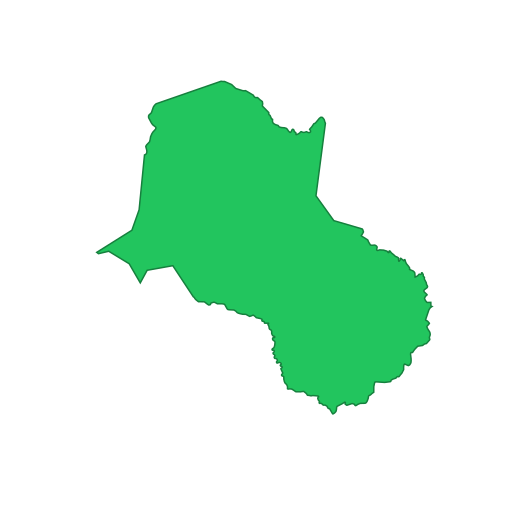 outline of Gualcince, Lempira, Honduras, rotated 242°
{"feature_id": "27666195B50739684547416", "entity_name": "Gualcince", "entity_type": "district", "adm_level": 2, "iso_a3": "HND", "parent_name": "Honduras", "parent_adm1": "Lempira", "projection": "orthographic", "projection_center": [-88.598, 14.136], "detail": "fine", "context": "isolated", "style": "filled", "palette": "green", "viewbox_px": 512, "rotation_deg": 242, "n_neighbors": 0, "source": "geoboundaries", "source_scale": "gbopen_adm2", "svg_char_len": 6072}
<svg xmlns="http://www.w3.org/2000/svg" viewBox="0 0 512 512"><g transform="rotate(242 256 256)"><path d="M340.6,379.6L342.0,379.7L344.1,380.2L345.7,380.1L346.7,379.8L347.4,379.5L347.8,378.9L348.1,378.2L347.8,376.5L345.5,370.9L345.6,369.1L343.9,366.0L342.9,363.2L342.5,362.7L341.5,363.0L340.6,362.8L340.0,362.4L339.8,361.7L340.0,360.8L340.5,360.1L341.0,359.6L341.8,359.2L342.1,358.8L342.3,357.2L342.9,355.8L343.4,355.2L344.3,354.6L344.6,354.2L344.6,353.6L344.2,352.6L344.0,351.4L344.0,349.5L344.3,348.5L344.8,348.4L345.5,348.9L346.2,349.0L346.8,348.8L347.8,348.2L349.4,348.6L350.1,348.4L350.6,348.1L350.7,347.7L350.5,347.0L349.6,345.8L349.1,344.9L349.0,344.3L349.3,343.9L351.2,343.3L353.4,343.1L354.5,342.7L355.8,341.4L357.4,338.9L358.7,337.4L359.3,337.0L360.4,336.9L361.0,336.7L362.8,334.9L364.0,334.1L365.2,333.6L365.9,333.5L367.0,333.7L368.9,334.8L369.2,334.7L369.7,334.1L373.5,334.4L374.9,333.8L375.5,333.9L376.2,334.5L376.7,334.6L385.2,332.1L385.7,332.2L387.3,333.4L389.4,334.1L392.2,332.8L394.6,332.0L395.3,331.6L395.9,330.2L396.7,329.5L397.8,329.1L399.1,329.2L403.6,326.5L406.6,324.6L407.1,324.1L407.4,323.1L408.3,321.8L413.3,316.9L414.2,316.5L418.8,315.0L424.8,310.2L425.6,308.7L426.7,307.2L437.3,239.2L436.7,237.1L435.7,235.3L431.6,230.9L430.7,227.6L430.0,226.8L428.5,226.1L422.6,226.1L420.4,226.4L417.0,227.9L416.4,227.9L415.9,227.7L415.1,226.8L413.8,223.1L412.8,221.4L410.8,218.9L408.4,217.1L406.8,215.6L405.4,211.5L404.6,210.2L404.1,210.0L400.7,209.2L399.1,208.5L398.1,207.6L397.7,207.0L397.5,206.0L397.6,205.0L351.7,174.5L337.0,158.5L334.0,117.1L332.0,118.0L329.3,128.2L308.7,140.4L286.6,141.2L294.5,153.2L286.5,178.0L249.4,181.5L248.5,182.0L246.9,182.1L245.7,182.4L242.7,183.7L239.8,188.9L236.0,190.6L234.9,191.3L234.6,192.1L234.5,192.7L234.8,193.3L235.4,193.7L235.5,194.6L235.0,197.2L234.0,198.1L232.0,199.4L229.6,203.8L228.4,205.3L227.8,205.6L222.9,205.7L222.0,206.0L221.3,206.8L218.7,211.1L217.0,212.2L214.9,212.8L213.9,213.5L212.5,214.9L210.8,216.9L209.3,219.6L205.7,222.0L205.3,223.9L205.2,225.4L205.0,225.9L203.1,226.8L201.4,227.3L198.7,230.5L197.5,231.5L197.0,231.5L196.5,231.0L195.9,230.8L195.4,231.1L194.8,231.9L194.2,232.3L193.7,232.3L192.9,232.0L192.6,232.1L190.8,235.5L190.4,235.4L190.3,234.7L189.9,234.4L188.0,234.4L185.6,233.6L184.7,233.8L183.6,234.5L182.8,234.6L181.8,234.3L180.1,233.4L178.3,233.3L177.4,233.5L176.4,234.5L175.7,234.6L175.3,234.1L175.8,232.8L175.7,232.3L175.4,231.9L174.8,231.6L174.2,231.5L173.6,231.6L172.0,232.4L171.3,232.4L170.6,232.1L168.5,230.7L166.9,229.2L166.5,228.3L166.4,226.9L165.8,226.2L165.2,226.2L164.5,227.4L164.1,227.6L163.6,227.6L162.9,227.1L162.6,225.9L162.1,225.4L161.3,225.3L160.2,225.9L159.4,226.0L158.8,225.6L158.2,224.6L157.6,224.4L156.8,224.5L155.8,225.8L154.7,226.1L154.2,226.0L153.6,225.7L152.8,224.3L152.3,224.2L151.8,224.2L151.3,224.9L151.3,226.1L151.1,226.7L150.2,227.5L149.2,227.7L148.6,227.5L148.4,226.5L147.9,226.0L147.2,226.1L146.5,226.8L145.8,227.0L145.4,226.8L145.1,226.5L145.0,225.3L144.7,225.0L140.2,224.7L139.7,224.2L139.3,223.0L138.7,222.6L137.9,222.7L137.0,223.6L136.4,223.8L135.7,223.5L134.1,222.7L131.8,222.1L130.2,222.0L128.4,222.6L127.2,222.7L125.6,222.4L124.3,221.6L123.9,221.5L123.4,221.9L122.9,223.3L121.7,225.1L119.5,226.4L117.8,227.2L117.3,227.6L115.2,231.5L114.5,233.5L114.0,234.6L111.4,235.7L110.1,236.0L109.1,236.0L108.7,236.3L108.0,237.4L106.7,238.9L106.1,240.7L103.8,244.3L103.1,245.1L102.7,245.3L102.3,245.2L101.9,244.2L101.3,243.7L99.6,243.4L97.7,243.7L97.3,243.4L96.9,242.9L96.4,242.8L95.9,243.1L95.6,243.9L95.2,244.4L94.5,244.8L92.9,245.3L92.5,245.8L91.9,247.0L90.4,248.0L89.7,248.2L88.5,248.1L87.7,248.2L87.2,248.5L86.7,249.2L86.4,249.3L81.3,249.5L80.6,249.6L80.4,249.9L80.5,251.6L81.2,253.6L82.6,254.9L84.6,256.2L85.2,257.0L85.1,262.8L85.3,265.7L85.1,266.0L84.6,266.1L83.9,265.4L83.2,265.2L81.6,266.1L81.5,266.4L80.6,271.6L79.1,273.1L78.5,273.3L77.6,273.3L77.1,273.7L77.0,274.5L77.2,276.4L76.9,278.9L74.8,283.1L74.7,284.1L75.1,285.1L75.8,286.2L77.6,288.2L79.2,289.4L79.6,289.9L79.7,290.4L79.6,291.8L80.2,294.1L80.4,296.0L85.4,298.7L87.8,300.7L88.7,301.6L88.8,302.0L88.3,303.3L84.0,310.2L82.0,315.5L82.0,316.1L82.8,316.8L83.0,317.5L83.0,319.4L82.5,322.1L83.0,323.5L83.1,324.2L82.9,324.7L82.4,325.3L82.4,325.8L83.2,327.5L84.1,329.8L86.2,332.8L86.6,333.2L88.1,333.9L89.7,334.9L90.4,335.5L90.8,336.1L90.8,336.4L90.6,336.7L88.1,338.7L87.7,339.1L87.7,340.5L88.5,342.0L89.3,342.9L90.7,343.8L92.5,344.7L96.6,346.3L97.4,346.8L97.9,347.3L97.9,347.8L97.4,348.5L97.4,349.1L98.5,351.1L99.3,353.0L100.4,356.5L98.8,361.1L99.2,363.4L98.7,365.4L100.4,369.9L100.9,370.4L102.1,370.6L102.8,370.9L104.6,372.8L106.2,373.5L107.7,373.7L110.9,373.4L113.4,373.6L113.7,374.0L114.7,376.7L115.2,377.5L117.6,377.0L118.6,376.5L119.6,375.8L120.1,375.8L127.3,383.4L128.5,385.6L128.8,387.7L129.4,387.1L129.8,387.0L133.0,388.6L134.6,385.4L134.9,385.1L137.1,384.7L139.2,384.8L139.8,385.2L140.7,386.6L141.1,387.6L141.3,388.7L141.6,388.9L145.2,387.7L146.1,387.7L146.6,387.9L146.9,388.4L147.2,389.2L147.7,392.2L148.1,392.8L148.6,393.2L149.3,393.3L150.7,393.2L152.6,393.8L156.6,393.8L158.1,394.7L158.5,394.6L159.4,394.2L161.1,394.9L162.9,394.9L163.3,394.7L163.4,394.3L162.6,393.6L162.4,392.9L162.6,392.4L163.2,391.8L163.3,391.3L162.6,389.4L162.6,387.7L162.7,386.6L166.1,388.1L166.9,388.3L168.0,388.1L169.0,387.7L172.0,385.3L172.3,385.3L172.9,385.9L173.4,386.0L175.1,385.9L178.6,385.2L180.6,385.3L182.2,385.7L182.9,385.7L183.1,385.3L182.5,384.7L182.5,384.2L185.8,382.9L186.1,382.6L186.0,382.3L185.3,382.0L184.9,381.5L184.2,379.9L184.3,379.7L185.8,380.0L186.9,380.8L187.5,380.8L188.7,380.2L190.3,378.9L192.4,378.2L195.2,377.0L197.0,376.7L197.7,376.5L197.8,375.8L197.6,375.6L196.8,375.3L196.7,375.0L196.8,374.6L197.4,374.2L198.3,374.1L198.8,373.9L201.3,371.4L203.4,368.0L203.6,366.5L203.9,365.8L204.2,365.5L204.6,365.5L205.4,365.8L206.9,367.1L207.5,367.2L208.3,367.0L209.2,366.6L210.0,365.8L211.0,363.5L211.9,362.2L215.5,362.0L217.7,362.2L224.4,358.4L224.7,358.6L225.5,360.3L226.8,362.2L229.0,362.6L230.0,362.5L250.7,341.3L281.0,337.2L340.6,379.6Z" fill="#22c55e" stroke="#15803d" stroke-width="1.5"/></g></svg>